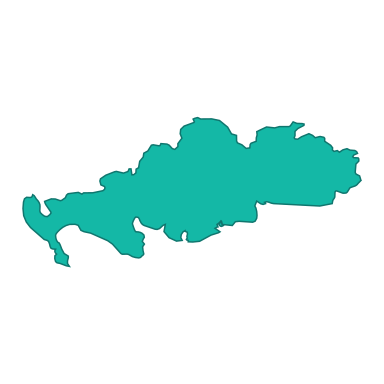 an SVG outline of Dumfries and Galloway
{"feature_id": "GBR-2138", "entity_name": "Dumfries and Galloway", "entity_type": "Unitary District", "adm_level": 1, "iso_a3": "GBR", "parent_name": "United Kingdom", "parent_adm1": "", "projection": "equal_earth", "projection_center": [-4.095, 55.048], "detail": "fine", "context": "isolated", "style": "filled", "palette": "teal", "viewbox_px": 384, "rotation_deg": 0, "n_neighbors": 0, "source": "natural_earth", "source_scale": "10m", "svg_char_len": 3980}
<svg xmlns="http://www.w3.org/2000/svg" viewBox="0 0 384 384"><path d="M361.0,180.4L357.8,183.7L357.3,184.4L356.2,185.3L355.2,185.9L350.6,187.5L349.8,188.0L347.4,191.9L346.8,192.5L346.1,193.0L343.7,193.2L342.7,193.1L337.2,191.1L336.3,190.9L335.6,191.2L335.0,192.1L334.8,196.8L334.6,197.6L332.8,200.4L332.2,203.6L319.8,206.0L273.6,203.6L271.2,203.1L268.9,202.2L266.8,201.7L264.7,202.3L265.1,202.6L265.3,202.8L265.6,203.6L263.1,204.4L260.8,203.8L256.7,201.1L254.8,206.0L255.9,208.0L256.7,211.5L257.0,215.4L256.7,218.3L255.1,221.2L252.7,222.2L239.1,221.3L235.4,221.7L232.3,225.5L222.0,224.4L222.3,225.3L223.0,225.7L221.6,226.4L220.6,226.2L219.6,225.5L218.9,224.4L220.5,222.1L221.2,222.4L222.0,223.2L221.7,221.9L221.5,221.3L221.0,220.8L219.2,222.8L217.0,224.4L217.7,226.2L218.0,226.9L217.0,227.1L215.0,228.3L220.0,231.8L218.6,232.7L211.0,235.1L199.6,241.3L192.7,242.0L188.2,241.8L188.2,240.4L187.6,240.2L187.1,240.1L186.6,239.9L186.3,239.4L186.7,238.9L187.1,238.3L187.2,238.1L186.9,236.3L187.5,233.9L187.1,232.1L185.2,231.4L185.1,230.6L183.0,231.9L181.3,234.5L180.8,237.6L182.2,240.4L176.5,241.1L169.1,237.7L164.0,231.6L165.3,224.4L163.1,225.3L159.6,228.5L157.2,229.4L155.1,229.2L144.2,225.5L142.5,224.5L141.3,223.2L139.9,220.6L139.2,218.7L138.2,217.4L135.9,217.0L135.0,217.7L133.9,219.6L132.9,221.8L132.4,223.8L133.8,228.0L134.9,230.7L135.9,231.8L138.2,231.9L140.3,232.4L142.1,233.3L143.9,235.0L144.3,237.3L143.1,239.3L142.3,241.5L144.4,244.1L142.6,246.8L143.0,250.5L143.8,254.0L142.8,255.4L142.0,255.8L141.3,256.7L140.3,257.5L138.8,257.9L135.5,257.5L132.4,256.6L128.7,254.5L127.3,254.1L122.2,254.2L120.9,253.5L112.5,244.1L107.7,240.7L90.6,233.1L84.0,231.7L80.9,230.3L78.2,225.3L75.1,224.3L69.6,224.4L66.1,225.5L62.8,227.3L59.9,229.6L57.7,231.8L56.4,233.4L55.8,234.5L55.6,235.4L55.7,236.7L55.9,238.3L56.6,240.4L57.7,242.2L59.2,243.0L60.2,245.0L61.8,249.2L64.1,253.5L68.3,256.1L68.3,257.7L67.5,260.9L67.5,262.6L67.5,263.5L69.4,266.4L66.3,265.8L60.0,263.4L57.0,262.8L55.6,261.6L54.8,258.7L54.9,255.8L56.6,254.1L55.5,253.0L54.9,251.8L54.9,250.5L55.6,249.2L52.9,249.0L51.7,248.6L50.7,247.9L50.1,246.3L49.5,243.8L48.6,241.5L47.2,240.4L44.2,239.5L30.5,227.5L26.3,222.0L23.7,215.7L23.0,208.5L23.5,202.0L24.5,198.8L26.6,197.3L29.7,197.5L31.3,197.3L32.0,196.7L32.7,194.7L34.1,195.6L35.5,197.6L36.0,198.6L38.2,201.1L39.2,202.8L39.9,204.7L40.0,206.7L39.8,211.0L40.4,212.7L42.3,214.6L44.7,216.3L47.3,216.6L49.9,214.6L50.3,213.9L50.9,213.3L50.9,212.1L45.8,204.6L45.0,202.9L44.6,201.4L51.2,198.9L55.3,199.0L60.3,200.7L61.8,200.3L65.4,197.7L66.5,195.1L68.1,193.7L78.3,192.4L81.9,194.1L83.6,192.9L92.7,192.8L102.9,190.7L104.5,189.4L105.0,187.8L104.5,186.5L100.9,184.9L99.9,181.0L100.5,178.8L105.8,175.2L114.5,171.8L116.3,171.4L123.5,173.1L126.6,172.0L128.0,171.5L129.1,168.9L131.0,168.9L131.9,174.8L133.7,174.7L135.9,172.9L136.1,169.2L138.6,167.7L139.7,161.3L143.2,157.1L143.8,153.2L147.8,151.0L151.4,145.2L153.2,144.8L159.0,145.8L160.0,145.6L160.9,143.6L167.0,144.1L169.2,145.2L172.3,148.6L174.8,149.4L177.9,146.6L177.9,143.6L181.9,138.2L180.2,133.8L180.7,129.4L184.1,126.1L193.9,122.5L194.4,121.9L193.1,119.1L194.5,118.4L196.7,117.8L197.7,117.6L200.6,119.0L211.8,118.9L219.5,120.5L227.6,127.1L231.5,133.9L236.5,135.4L236.6,141.1L237.5,142.9L241.9,144.8L246.1,148.4L249.8,147.9L250.2,144.4L251.1,143.2L256.2,141.3L256.3,137.8L257.1,135.0L256.8,131.6L266.5,127.0L274.7,127.9L279.5,126.6L289.0,126.6L290.3,125.9L293.1,121.9L296.9,123.4L302.3,123.6L304.1,124.1L303.9,125.4L297.9,128.5L295.0,131.4L295.0,135.7L294.2,137.8L295.0,138.9L297.7,139.2L301.4,136.8L308.9,133.7L312.6,135.4L315.2,137.7L320.1,136.5L323.8,137.3L324.7,138.3L324.7,141.3L330.7,145.3L332.6,147.8L332.4,150.0L334.0,151.4L337.3,150.6L339.4,152.2L343.0,149.8L347.0,148.7L350.0,150.1L354.8,150.5L356.6,151.6L357.5,153.4L353.8,155.0L352.7,156.8L353.8,157.7L358.1,157.9L358.8,158.9L358.8,161.1L355.9,164.1L355.2,172.5L356.1,174.1L359.6,175.9L360.9,180.2L360.9,180.3L361.0,180.4Z" fill="#14b8a6" stroke="#0f766e" stroke-width="1.5"/></svg>